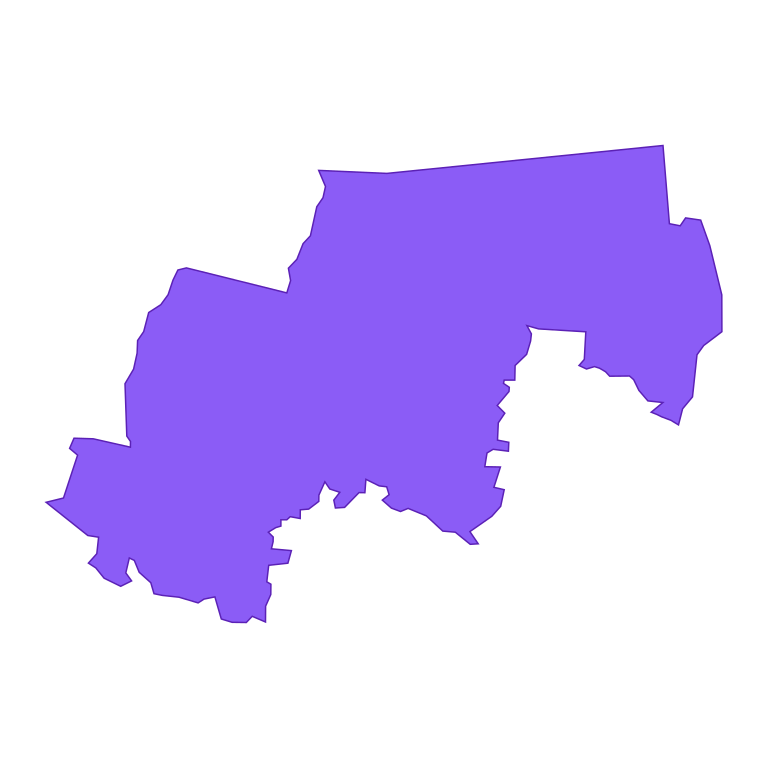 outline of Nurata, Navoi, Uzbekistan
{"feature_id": "79887680B28423618609803", "entity_name": "Nurata", "entity_type": "district", "adm_level": 2, "iso_a3": "UZB", "parent_name": "Uzbekistan", "parent_adm1": "Navoi", "projection": "robinson", "projection_center": [65.941, 40.555], "detail": "fine", "context": "isolated", "style": "filled", "palette": "violet", "viewbox_px": 768, "rotation_deg": 0, "n_neighbors": 0, "source": "geoboundaries", "source_scale": "gbopen_adm2", "svg_char_len": 1969}
<svg xmlns="http://www.w3.org/2000/svg" viewBox="0 0 768 768"><path d="M678.5,424.9L682.6,408.8L692.5,396.9L697.0,354.8L703.7,345.5L721.9,331.7L721.8,294.9L709.8,245.6L700.7,220.1L685.6,217.9L680.2,225.8L669.4,223.7L663.0,145.5L386.9,173.4L318.7,170.4L325.5,186.5L323.0,197.7L316.8,206.7L310.4,235.8L303.1,243.6L296.9,259.3L288.4,268.2L290.6,280.6L286.8,292.9L186.4,267.9L177.9,270.0L173.0,280.1L168.1,294.7L160.8,304.7L148.7,312.5L143.7,331.6L137.6,340.5L137.1,353.2L133.6,369.1L125.0,383.7L126.8,436.1L130.5,441.5L130.4,447.2L93.3,438.8L74.0,438.2L69.6,448.4L77.6,455.1L63.5,498.0L46.1,502.3L87.8,535.5L98.6,537.2L96.8,553.7L88.4,563.1L95.8,567.9L104.1,578.2L120.7,586.3L131.6,580.9L125.8,572.9L129.3,558.0L134.3,560.4L139.2,572.3L150.8,582.7L154.0,593.7L162.3,595.4L179.0,597.2L198.1,602.9L204.0,599.1L214.9,596.9L221.3,619.0L232.1,622.3L246.3,622.5L252.2,616.3L265.5,622.0L265.6,606.2L270.8,594.5L270.9,584.2L266.8,581.8L268.7,565.3L287.9,563.2L291.4,550.6L271.4,548.8L273.1,541.7L273.2,537.0L268.3,532.2L275.8,527.6L280.9,526.1L280.9,519.8L286.8,519.8L290.2,516.7L300.2,518.5L300.3,509.8L308.7,509.1L318.8,501.4L318.9,495.1L324.9,481.8L329.8,489.0L339.8,492.3L333.8,500.1L335.4,508.0L344.6,507.4L359.0,492.6L364.9,492.7L365.9,479.3L379.2,485.9L386.7,486.8L389.1,494.7L382.3,500.1L391.4,508.1L400.5,511.5L408.1,508.4L426.4,515.9L442.8,531.1L455.3,532.2L470.2,544.3L478.2,543.8L469.9,531.6L491.8,516.3L500.7,506.3L504.2,489.7L493.9,487.3L500.4,467.0L484.8,466.7L487.0,453.0L493.1,449.3L508.4,451.2L508.8,442.3L497.5,440.1L498.3,422.8L504.8,413.2L497.2,405.5L509.0,391.5L509.3,387.3L503.5,383.4L504.2,380.1L514.8,380.1L515.1,365.5L526.6,354.4L530.6,341.0L531.4,333.9L526.9,325.6L538.6,328.9L585.8,331.8L584.3,359.4L579.0,365.5L586.5,369.0L594.5,366.6L599.5,368.2L605.5,371.7L609.7,376.2L629.5,376.0L633.7,379.7L638.9,390.4L647.9,400.9L662.9,402.5L651.2,412.2L657.0,414.5L661.6,416.8L670.9,420.3L678.5,424.9Z" fill="#8b5cf6" stroke="#5b21b6" stroke-width="1.5"/></svg>